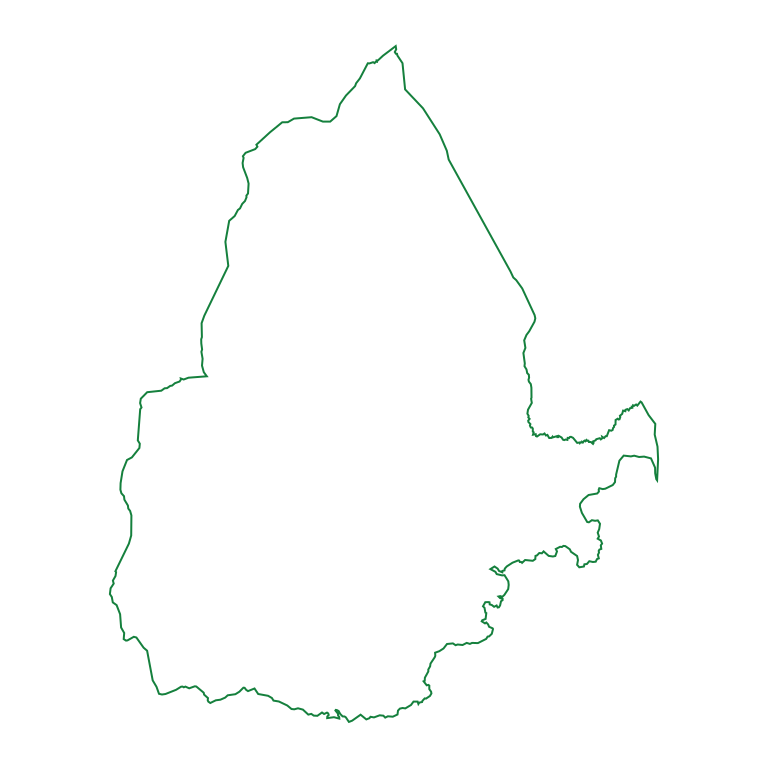 Pru West, Brong Ahafo, Ghana (Robinson projection)
{"feature_id": "2480657B32965552352903", "entity_name": "Pru West", "entity_type": "district", "adm_level": 2, "iso_a3": "GHA", "parent_name": "Ghana", "parent_adm1": "Brong Ahafo", "projection": "robinson", "projection_center": [-1.234, 8.037], "detail": "fine", "context": "isolated", "style": "outline", "palette": "green", "viewbox_px": 768, "rotation_deg": 0, "n_neighbors": 0, "source": "geoboundaries", "source_scale": "gbopen_adm2", "svg_char_len": 6094}
<svg xmlns="http://www.w3.org/2000/svg" viewBox="0 0 768 768"><path d="M273.5,700.6L278.9,701.5L287.3,705.5L291.5,709.0L294.3,709.3L298.0,708.3L302.9,709.6L308.3,714.6L311.3,713.9L313.7,715.6L317.4,715.8L322.0,712.5L324.1,714.0L327.0,712.6L328.2,713.4L328.7,715.0L327.3,716.5L327.2,718.1L334.0,717.2L339.3,718.6L339.2,716.9L338.1,715.6L338.0,713.7L335.4,710.5L335.8,709.9L336.9,710.1L338.6,711.0L340.2,713.9L342.6,716.4L344.6,716.5L345.8,717.3L348.9,721.9L352.1,720.7L360.6,714.7L366.3,719.4L369.4,718.2L370.5,716.8L374.0,717.4L379.7,715.3L383.4,715.7L385.2,717.6L387.9,716.3L392.8,716.7L397.5,714.5L398.0,710.6L399.9,708.6L402.6,708.0L405.3,708.4L411.0,705.0L413.5,701.6L417.6,701.6L418.4,704.0L419.3,702.6L422.1,702.0L422.4,700.9L424.7,698.4L426.0,698.6L429.9,696.0L431.4,693.5L431.1,691.7L429.3,689.1L429.3,685.6L428.4,684.9L426.7,685.3L423.6,681.3L424.7,680.8L424.9,677.7L428.3,671.5L428.3,669.5L430.1,666.4L430.5,663.6L434.7,657.3L435.3,655.8L435.1,652.7L439.3,651.2L443.5,648.5L447.0,644.0L452.9,643.4L455.6,645.2L457.7,644.5L462.6,645.0L466.7,642.9L469.9,643.9L472.1,642.9L477.9,643.1L486.2,638.9L487.6,636.6L489.1,636.4L491.8,633.8L493.0,629.0L492.6,628.3L489.1,626.8L488.1,624.4L486.3,622.5L485.0,623.4L481.7,621.3L482.2,620.3L485.6,618.9L486.3,613.1L485.4,612.6L484.5,607.8L483.0,606.3L485.3,602.2L488.6,602.1L489.5,602.3L489.7,604.4L491.8,605.0L494.1,606.8L496.6,605.5L497.6,607.5L498.9,607.3L500.1,605.4L501.0,601.3L502.6,600.1L502.6,598.8L500.1,598.1L498.5,596.5L500.3,596.1L502.3,596.8L504.3,595.0L508.2,589.1L508.7,584.9L508.3,581.3L504.5,575.2L502.1,575.4L496.7,574.1L495.4,571.8L490.4,569.1L494.5,566.5L497.6,568.6L499.1,571.0L502.3,572.3L502.4,570.9L504.5,570.4L504.8,568.6L506.8,566.4L512.5,562.7L518.3,560.4L519.2,560.6L519.8,562.0L521.6,562.1L522.1,562.8L525.1,560.0L532.8,560.8L535.3,559.1L535.5,555.9L537.0,555.4L539.3,553.0L541.9,553.3L543.6,551.4L548.7,555.9L552.9,556.5L555.3,556.0L557.0,551.4L555.8,549.0L560.1,546.8L561.9,547.0L563.4,545.9L565.3,546.1L568.7,548.5L569.8,549.3L571.0,551.8L577.1,556.0L578.0,560.1L577.1,564.8L579.3,567.3L583.9,566.5L584.4,564.3L586.9,564.0L589.3,561.2L592.9,562.0L595.7,561.7L597.0,559.1L598.8,558.4L597.9,554.9L599.0,552.6L598.7,550.9L599.4,549.6L601.3,548.9L600.8,545.3L602.1,543.6L600.9,540.5L597.7,538.7L599.0,536.5L597.7,532.7L599.2,529.1L600.0,523.8L597.8,520.4L595.1,520.8L591.9,520.2L588.9,522.3L587.2,522.0L581.9,512.9L579.9,506.7L580.1,503.8L583.5,499.2L588.6,495.0L597.2,493.5L598.9,491.6L598.7,489.6L599.3,488.2L602.7,489.1L605.3,488.7L612.8,485.0L615.0,482.1L615.2,478.2L616.1,476.7L616.1,474.6L619.4,460.7L623.7,455.6L630.9,456.4L634.2,455.7L639.1,457.0L644.1,456.6L651.0,458.4L655.1,467.7L655.2,473.3L656.3,479.2L657.1,480.3L658.1,459.2L657.5,446.6L654.7,434.6L655.3,423.9L648.6,415.1L641.6,402.4L640.5,401.6L637.3,405.6L636.1,404.5L634.1,405.8L633.1,405.3L632.9,406.4L631.8,406.6L632.2,407.8L630.0,408.2L628.7,410.4L627.3,409.1L625.5,409.8L625.3,411.2L623.1,410.6L622.2,413.9L619.9,415.8L620.3,417.0L619.5,419.3L618.5,419.5L617.7,418.7L615.6,420.0L615.5,424.5L614.0,425.6L614.1,426.9L613.1,428.0L612.6,430.0L611.3,430.7L609.1,430.2L606.8,436.2L605.6,436.2L604.1,438.0L602.2,436.8L602.5,438.1L600.8,439.4L599.8,438.2L596.3,439.2L595.6,440.3L593.1,441.4L593.6,442.9L593.0,443.9L590.9,442.0L588.9,442.0L588.4,440.7L587.1,440.8L586.6,440.0L585.5,441.2L584.9,440.5L584.1,440.9L582.9,442.5L582.1,441.9L582.0,442.5L580.5,442.3L579.8,443.2L579.4,442.5L577.2,442.9L573.0,437.8L570.9,436.8L569.7,437.1L569.1,438.1L567.7,437.9L567.4,439.9L565.7,439.5L564.2,440.1L563.0,439.7L561.6,437.5L558.8,435.9L558.2,437.1L557.3,437.1L557.1,436.1L552.8,437.4L552.5,436.7L551.5,437.9L549.2,438.0L547.4,434.9L545.9,435.5L544.5,433.5L543.0,434.5L540.2,434.3L537.0,436.5L536.0,436.1L535.7,434.2L533.0,434.7L533.7,432.3L532.8,431.6L532.8,428.6L532.2,427.6L530.8,427.5L529.9,425.6L530.4,424.1L528.4,422.0L528.2,420.6L529.6,418.9L528.3,417.4L528.7,415.9L527.4,413.7L528.0,409.7L531.8,402.9L531.1,398.7L531.5,397.7L531.4,387.7L530.8,384.1L528.9,381.6L528.5,379.8L529.1,377.6L528.8,374.7L527.2,373.1L526.5,369.5L524.5,366.2L524.8,363.4L523.4,353.0L525.4,347.9L524.2,340.3L526.5,334.9L529.2,331.3L534.5,321.7L535.3,318.3L534.6,315.1L522.2,288.4L516.2,280.1L513.3,277.5L510.5,271.5L448.7,159.6L446.8,150.7L439.7,134.3L423.0,108.3L405.1,89.4L402.5,63.2L397.4,55.5L397.0,53.8L395.8,53.7L394.8,52.0L396.2,49.3L395.7,46.1L383.0,55.7L377.8,60.5L376.7,60.4L376.9,61.8L375.7,61.7L374.6,63.1L373.1,62.2L369.5,63.4L367.8,63.3L359.9,78.4L356.1,83.3L355.1,86.1L346.0,95.5L339.9,104.2L336.5,116.1L330.2,121.6L322.9,121.6L311.6,117.2L294.0,118.6L287.8,122.2L282.2,122.3L270.2,132.1L256.4,144.7L257.4,146.7L255.2,149.1L245.6,152.8L242.9,156.2L243.6,157.9L242.6,163.0L243.1,167.2L247.2,178.0L248.6,183.6L248.0,193.5L246.4,195.6L246.5,197.3L245.0,201.0L242.2,203.9L240.0,208.4L237.9,210.0L234.7,216.0L229.2,220.8L225.4,241.9L228.3,265.9L204.3,315.7L201.6,323.2L201.9,337.1L201.2,339.3L201.3,343.5L202.1,349.5L201.4,351.8L202.6,358.8L202.0,365.6L203.8,372.2L206.8,376.3L188.5,377.7L183.7,379.5L180.8,378.5L181.0,379.4L179.6,381.5L174.9,383.2L172.1,385.6L170.2,385.9L167.1,388.1L164.6,388.3L161.3,390.7L147.2,392.2L140.8,398.7L140.1,403.1L141.5,407.5L140.2,409.2L137.8,440.4L139.8,443.7L139.4,448.0L131.9,457.4L127.0,460.0L122.5,471.3L120.6,483.1L120.4,489.7L121.4,493.3L124.0,496.2L124.4,499.7L127.9,505.5L128.3,508.6L130.1,510.9L131.4,515.4L131.2,535.5L128.9,543.6L115.4,571.3L116.1,572.1L115.5,576.0L112.9,580.6L113.7,583.6L110.6,588.3L109.9,594.1L111.8,597.0L112.8,602.4L116.6,605.1L120.1,614.2L121.1,627.5L124.2,633.0L123.7,639.1L126.0,640.6L127.5,640.4L133.8,636.8L136.4,637.5L143.6,647.7L147.1,650.7L152.7,680.4L156.5,686.8L159.0,693.8L162.0,694.5L165.5,694.0L176.1,689.8L181.1,686.7L182.6,686.6L183.8,687.3L185.4,686.6L189.2,688.3L194.8,686.3L196.3,686.5L203.7,692.7L204.1,694.6L208.0,698.1L207.7,700.2L208.3,701.6L210.3,703.0L215.8,700.3L220.4,699.7L225.2,697.6L227.7,695.3L235.4,694.2L239.4,691.7L243.4,687.7L244.6,687.8L246.2,689.9L248.0,691.1L254.5,688.5L258.2,694.0L268.1,695.8L271.9,698.0L273.5,700.6Z" fill="none" stroke="#15803d" stroke-width="2"/></svg>